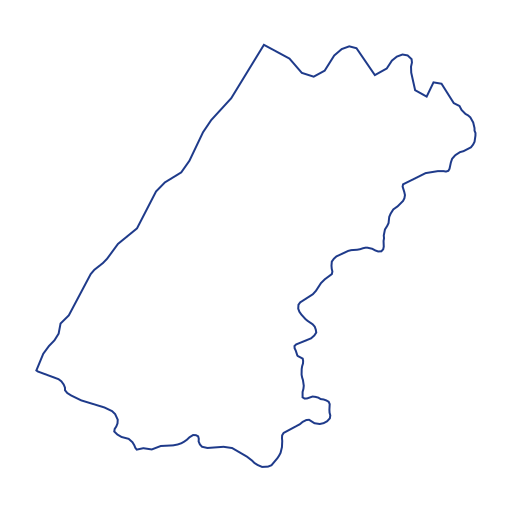 outline of Castellón, rotated 179°
{"feature_id": "ESP-5814", "entity_name": "Castellón", "entity_type": "Autonomous Community", "adm_level": 1, "iso_a3": "ESP", "parent_name": "Spain", "parent_adm1": "", "projection": "robinson", "projection_center": [-0.258, 40.248], "detail": "fine", "context": "isolated", "style": "outline", "palette": "blue", "viewbox_px": 512, "rotation_deg": 179, "n_neighbors": 0, "source": "natural_earth", "source_scale": "10m", "svg_char_len": 2739}
<svg xmlns="http://www.w3.org/2000/svg" viewBox="0 0 512 512"><g transform="rotate(179 256 256)"><path d="M477.6,145.4L475.6,150.0L470.4,162.0L464.6,169.6L459.0,175.2L454.7,181.8L452.6,191.9L444.2,199.9L421.6,240.8L417.9,245.0L409.2,251.6L404.9,255.9L393.8,270.5L374.5,285.7L354.8,322.3L345.8,331.2L329.3,340.9L320.9,352.4L306.8,380.7L298.4,392.7L278.0,414.2L244.4,467.0L219.1,452.8L207.0,438.3L195.2,434.3L184.1,440.1L174.3,455.1L166.7,461.4L159.1,464.0L151.9,462.0L134.0,434.8L122.0,441.2L116.7,449.0L111.7,452.9L106.0,454.9L100.9,453.9L97.0,450.1L96.7,446.7L97.7,442.6L97.6,436.6L94.0,419.0L82.6,412.4L75.5,426.5L67.5,425.0L55.6,405.4L49.9,402.4L47.9,398.4L44.1,394.4L41.5,392.9L39.3,390.9L36.5,385.7L35.3,380.1L35.3,377.5L34.4,375.1L34.5,372.4L35.5,366.4L37.0,363.6L39.2,360.9L46.7,357.2L50.2,356.3L54.4,353.7L55.3,353.0L58.2,349.8L59.5,346.2L61.0,339.8L62.2,337.8L64.6,337.1L67.1,337.6L72.6,337.7L85.0,335.9L107.7,325.1L108.2,322.8L106.6,317.3L106.0,314.3L106.6,311.2L108.0,308.5L113.4,303.3L117.9,300.2L120.6,296.1L122.1,292.8L122.9,286.6L124.3,283.8L126.6,280.3L127.9,274.3L127.7,271.5L128.2,268.8L128.1,263.1L128.7,260.5L130.6,258.5L133.8,258.4L136.7,259.5L139.7,261.2L144.6,262.4L146.4,262.4L148.9,261.9L151.7,261.0L154.7,260.5L160.7,260.2L163.7,259.5L175.6,254.2L178.2,251.9L180.3,249.1L180.7,245.0L180.5,241.9L179.9,239.1L180.5,236.6L187.5,231.6L191.5,227.8L196.7,220.1L199.8,216.8L212.6,208.9L214.4,206.5L214.7,202.6L213.6,199.5L211.7,196.7L207.7,192.1L205.5,190.2L200.5,186.7L198.5,184.3L197.5,181.3L197.1,178.4L199.1,175.5L202.4,172.7L217.4,166.9L219.1,165.3L219.0,163.1L217.9,160.7L216.4,155.8L216.0,155.3L211.1,152.6L210.7,150.3L210.9,147.7L211.8,145.0L212.3,142.2L212.5,136.5L212.0,133.7L211.2,131.0L210.5,125.4L210.9,122.4L211.8,119.2L211.9,113.9L209.9,112.6L207.4,112.7L201.9,114.5L199.0,114.1L196.2,113.3L193.8,111.8L191.0,111.4L188.3,110.4L185.9,109.0L184.9,106.6L185.3,101.0L185.2,98.1L184.5,95.3L185.0,92.4L187.8,89.5L191.3,87.7L195.2,86.9L200.5,87.8L205.8,91.3L208.6,91.1L212.3,89.3L215.0,87.1L231.5,78.6L233.0,76.2L233.2,73.4L233.0,70.5L233.4,64.4L234.9,58.7L236.4,56.0L238.1,53.5L244.2,46.5L247.7,45.2L253.6,45.0L258.0,47.0L261.2,49.1L263.5,51.5L268.5,55.5L283.2,64.4L291.8,65.8L307.9,64.9L313.3,66.2L315.4,68.6L316.6,71.6L316.4,74.3L317.0,76.7L319.2,77.9L322.0,78.1L325.7,75.9L328.3,73.5L331.1,71.6L333.9,70.1L337.6,68.9L342.2,68.1L354.5,67.7L363.6,64.4L372.0,65.8L378.6,64.5L380.0,66.3L381.0,68.9L382.8,72.0L386.5,75.4L393.6,77.4L397.7,79.9L400.8,83.0L400.3,85.6L398.7,87.9L397.4,91.0L397.1,94.7L399.6,100.4L402.6,103.4L410.2,107.2L433.3,114.7L443.3,119.8L447.1,122.3L449.3,125.1L449.3,127.7L450.5,130.8L452.8,134.1L455.6,136.3L476.1,144.3L477.6,145.4Z" fill="none" stroke="#1e3a8a" stroke-width="2"/></g></svg>